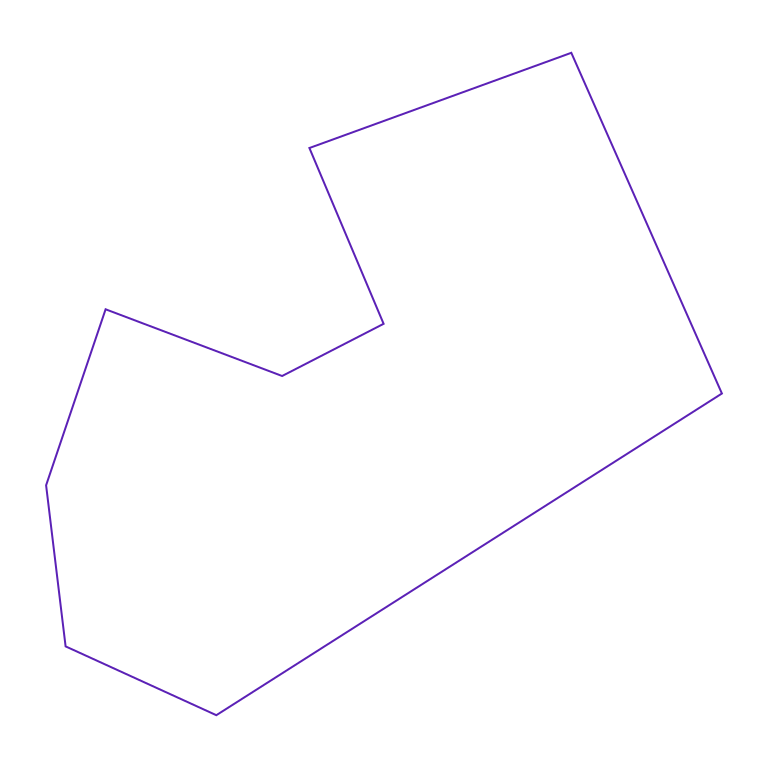 the border of Aiga-i-le-Tai
{"feature_id": "WSM-4986", "entity_name": "Aiga-i-le-Tai", "entity_type": "state/province", "adm_level": 1, "iso_a3": "WSM", "parent_name": "Samoa", "parent_adm1": "", "projection": "mercator", "projection_center": [-172.029, -13.872], "detail": "fine", "context": "isolated", "style": "outline", "palette": "violet", "viewbox_px": 768, "rotation_deg": 0, "n_neighbors": 0, "source": "natural_earth", "source_scale": "10m", "svg_char_len": 244}
<svg xmlns="http://www.w3.org/2000/svg" viewBox="0 0 768 768"><path d="M309.4,148.0L571.3,52.8L721.9,393.5L216.3,715.2L65.6,646.4L46.1,485.3L105.6,309.3L282.1,376.0L383.6,323.8L309.4,148.0Z" fill="none" stroke="#5b21b6" stroke-width="2"/></svg>